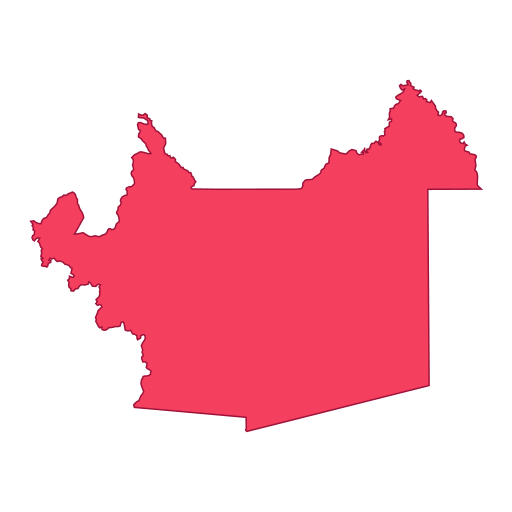 Itapuã do Oeste, Rondônia, Brazil (Mercator projection)
{"feature_id": "56859067B5479725991078", "entity_name": "Itapuã do Oeste", "entity_type": "district", "adm_level": 2, "iso_a3": "BRA", "parent_name": "Brazil", "parent_adm1": "Rondônia", "projection": "mercator", "projection_center": [-63.164, -9.133], "detail": "fine", "context": "isolated", "style": "filled", "palette": "rose", "viewbox_px": 512, "rotation_deg": 0, "n_neighbors": 0, "source": "geoboundaries", "source_scale": "gbopen_adm2", "svg_char_len": 5967}
<svg xmlns="http://www.w3.org/2000/svg" viewBox="0 0 512 512"><path d="M246.8,431.4L429.1,385.5L427.8,189.3L481.3,189.1L477.5,185.5L477.2,184.0L477.6,176.3L477.0,173.0L476.3,171.5L474.8,170.1L475.9,165.7L475.0,159.3L476.1,157.7L476.2,155.8L474.5,154.6L470.1,153.9L469.0,152.1L464.8,150.9L464.3,149.5L465.1,146.2L467.1,145.2L465.1,144.0L464.1,142.0L463.3,143.5L461.3,143.2L460.2,142.3L459.5,140.8L460.1,139.0L461.9,138.9L464.0,137.4L463.7,135.2L462.3,133.3L459.4,132.3L456.9,132.2L455.2,131.7L454.7,129.9L454.8,127.8L456.3,125.8L456.3,124.0L455.0,122.5L453.5,122.0L452.4,120.5L453.1,118.7L451.2,116.7L447.0,116.4L445.1,115.3L444.4,113.4L446.2,112.9L446.0,111.0L444.0,110.8L442.8,111.6L441.9,114.7L440.6,115.5L437.9,115.1L438.5,112.2L436.9,110.7L435.5,108.1L435.5,106.2L431.4,100.5L430.4,102.5L426.4,101.6L426.8,99.7L425.3,98.5L423.6,99.0L422.5,96.4L420.7,96.4L419.3,97.0L417.1,95.3L420.5,92.5L421.4,91.2L420.1,90.0L419.1,91.2L417.3,90.3L415.1,89.9L413.3,88.7L414.0,87.2L412.0,86.3L410.7,85.4L410.8,83.3L409.5,82.0L409.0,80.6L407.2,80.7L406.8,82.2L408.1,84.8L402.9,85.8L400.9,84.4L399.5,85.7L400.5,88.3L402.0,90.0L404.6,89.0L402.8,92.5L397.3,95.7L395.8,97.1L396.2,98.7L400.6,100.6L398.5,103.5L395.7,104.5L394.4,106.1L393.7,108.1L390.1,108.7L390.3,110.6L389.4,113.0L389.4,115.7L389.7,117.1L388.2,119.8L391.5,119.0L391.5,121.3L389.4,122.2L389.2,126.2L384.8,128.6L385.3,130.0L384.4,131.4L384.9,134.8L383.4,136.1L382.0,135.6L379.6,136.5L379.4,137.9L379.7,139.4L378.3,142.5L375.9,141.2L373.8,143.4L371.7,143.4L370.7,145.0L370.4,146.5L368.9,149.3L367.1,149.0L366.5,151.0L367.7,152.4L366.2,152.8L365.0,151.3L364.6,148.8L363.6,150.3L361.6,152.2L363.4,152.7L363.3,154.3L361.5,154.0L359.4,154.8L357.1,153.6L356.0,150.6L351.8,149.5L349.0,151.1L346.2,154.0L340.7,153.1L339.3,152.6L338.1,151.3L336.3,150.5L331.2,149.0L330.7,154.1L329.0,158.1L329.1,159.6L328.8,163.0L326.2,164.0L325.3,165.2L324.0,168.4L322.1,169.5L321.1,170.5L320.8,172.5L319.5,174.1L315.0,176.8L312.3,179.4L306.9,179.8L305.2,180.2L302.9,183.0L302.7,186.6L301.0,188.8L296.1,189.2L218.0,189.3L192.0,189.0L191.1,187.7L192.2,186.3L193.9,185.7L194.5,183.5L195.8,181.7L194.6,180.2L193.2,177.1L191.8,176.2L191.5,174.5L190.7,172.6L188.6,172.4L187.8,170.8L183.9,169.1L183.0,167.4L181.4,167.7L178.7,163.9L175.3,161.5L175.5,159.6L174.7,158.4L173.2,157.2L172.0,158.0L170.6,157.8L169.9,155.7L168.1,155.9L167.0,154.2L165.3,154.0L164.6,152.3L163.6,148.2L165.6,143.8L165.7,141.6L165.4,139.7L165.5,138.2L163.7,138.0L162.6,136.8L161.6,134.7L159.7,133.3L158.3,131.7L155.6,130.7L154.3,127.8L152.1,126.2L151.4,122.8L151.8,120.8L150.1,120.3L149.7,118.7L147.2,117.7L147.2,115.0L145.1,113.6L143.2,115.1L141.1,115.1L138.6,114.0L138.4,117.4L143.7,118.1L146.8,120.0L147.8,121.1L148.1,122.8L147.8,124.4L144.3,124.1L140.4,122.5L138.3,122.8L137.5,124.6L138.5,129.3L140.4,130.6L139.8,132.5L138.8,133.7L138.4,136.9L141.0,138.6L142.6,140.7L145.8,143.9L146.3,146.0L147.7,148.2L148.5,150.2L151.0,153.5L148.9,153.8L143.0,152.2L141.2,151.9L139.4,152.1L138.0,153.1L134.4,154.8L131.7,157.6L132.9,159.1L133.4,160.8L133.2,162.8L132.5,165.2L133.5,168.0L133.5,169.7L131.6,171.7L131.2,173.4L131.8,175.7L133.4,177.5L134.1,179.5L134.6,183.6L131.4,186.8L129.5,186.6L126.6,187.9L126.0,189.3L127.1,191.2L127.1,195.0L124.7,195.5L122.2,197.0L120.7,199.3L120.4,201.2L121.3,202.5L120.2,205.4L118.3,206.8L117.8,210.1L116.6,212.1L116.8,213.6L118.1,215.2L118.9,217.7L119.3,221.5L116.4,223.9L115.2,227.6L113.8,229.2L111.8,229.7L110.5,228.8L108.9,228.7L107.9,229.9L106.9,232.2L105.9,233.6L104.3,234.5L102.1,235.2L100.0,236.4L98.0,236.7L96.5,236.0L95.1,235.8L91.7,236.6L89.9,236.6L88.2,235.9L83.1,232.7L77.9,233.8L74.5,234.2L83.7,217.6L83.0,214.6L82.2,212.8L79.6,208.4L78.6,205.1L77.5,203.7L77.4,199.2L76.4,198.0L75.3,194.3L73.9,192.8L72.3,192.0L70.8,192.9L68.2,193.7L67.1,194.8L65.6,195.4L63.9,195.0L62.2,196.7L59.9,197.4L57.9,198.8L57.2,202.6L56.6,203.9L54.7,206.3L50.3,210.4L49.9,212.8L48.2,214.8L46.5,217.5L43.6,218.5L41.9,220.8L40.9,223.8L38.2,223.4L35.5,222.2L33.8,220.8L30.7,221.3L33.1,224.4L32.1,225.6L33.4,227.6L33.0,229.8L34.6,230.8L34.2,234.7L32.7,235.6L32.0,237.6L33.0,240.0L34.3,240.9L36.2,238.6L38.3,237.8L39.8,238.2L37.9,241.5L39.4,242.9L40.7,247.0L42.4,248.8L41.2,250.5L41.7,253.3L40.8,256.5L42.9,258.3L41.1,258.8L41.8,260.6L43.2,262.1L41.9,264.0L41.6,265.7L43.5,266.3L45.4,266.3L46.8,267.1L47.7,266.0L48.4,263.3L50.7,262.4L50.9,260.4L48.9,260.2L50.0,258.3L52.0,258.9L54.1,258.1L55.9,260.4L57.2,261.5L59.3,261.0L61.2,261.4L63.1,262.2L64.7,264.1L66.5,264.5L69.3,265.8L70.4,267.6L72.0,268.2L71.0,273.4L73.3,274.7L74.2,276.1L72.8,277.4L69.4,276.2L69.5,277.7L69.0,279.1L67.7,280.2L69.1,282.5L68.6,284.8L69.1,287.4L70.8,288.6L71.0,290.8L73.6,291.1L75.5,288.8L77.9,288.6L78.9,286.8L80.5,285.0L82.5,284.8L84.7,285.0L88.1,284.2L88.8,281.9L90.4,283.1L92.4,286.2L95.8,286.4L97.3,284.7L98.8,284.3L100.5,284.8L99.0,286.9L100.1,289.2L99.5,291.5L99.9,293.5L99.5,295.4L98.8,297.0L96.0,299.6L97.2,301.6L95.8,303.6L97.5,305.3L99.8,304.6L101.3,305.4L102.0,307.1L100.4,308.3L98.1,310.6L97.5,312.7L95.5,317.7L96.3,319.3L95.8,321.3L98.7,326.8L99.9,327.9L101.9,327.0L102.1,329.6L103.6,330.1L105.2,330.2L107.0,329.4L108.6,327.8L113.2,327.2L114.9,326.6L117.5,326.6L119.9,326.2L120.5,324.8L121.0,322.5L123.1,321.9L124.1,323.7L125.2,330.0L126.6,330.6L128.2,330.9L130.6,330.3L132.6,333.9L134.8,334.3L137.0,335.7L136.9,338.1L137.7,339.8L140.6,338.0L140.8,335.6L143.7,334.5L145.0,335.7L145.3,338.3L144.5,340.1L142.6,343.0L141.3,345.6L142.7,350.0L142.0,352.2L142.7,353.6L143.3,355.8L141.9,356.7L141.7,358.7L142.9,362.0L144.9,361.8L147.1,363.2L146.3,367.4L147.2,368.6L149.9,370.0L151.2,371.5L150.5,372.8L150.5,374.4L148.9,375.4L147.0,376.0L144.8,376.0L143.1,376.5L142.6,378.3L141.6,379.5L141.0,383.1L141.2,384.8L143.7,391.7L142.6,393.7L141.0,395.7L138.8,400.8L137.4,401.3L135.4,402.9L133.7,404.8L134.4,407.4L246.1,417.3L246.3,428.1L245.6,430.1L246.8,431.4ZM378.3,142.5L380.8,143.4L381.2,144.8L379.8,144.9L378.6,143.9L378.3,142.5Z" fill="#f43f5e" stroke="#9f1239" stroke-width="1.5"/></svg>